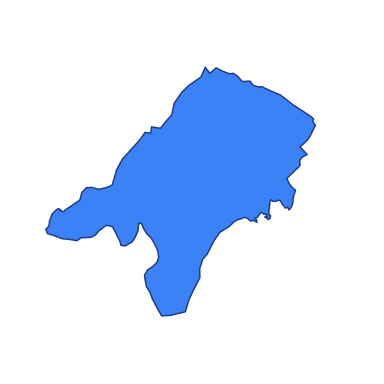 Kissonerga, Paphos, Cyprus, rotated 234°
{"feature_id": "46923920B44271022375599", "entity_name": "Kissonerga", "entity_type": "district", "adm_level": 2, "iso_a3": "CYP", "parent_name": "Cyprus", "parent_adm1": "Paphos", "projection": "mercator", "projection_center": [32.398, 34.835], "detail": "fine", "context": "isolated", "style": "filled", "palette": "blue", "viewbox_px": 384, "rotation_deg": 234, "n_neighbors": 0, "source": "geoboundaries", "source_scale": "gbopen_adm2", "svg_char_len": 2549}
<svg xmlns="http://www.w3.org/2000/svg" viewBox="0 0 384 384"><g transform="rotate(234 192 192)"><path d="M99.0,116.2L102.6,120.8L107.1,127.0L111.4,134.8L114.2,140.3L118.1,148.0L125.6,153.3L131.3,161.1L132.8,167.7L136.0,174.0L139.5,180.8L143.0,190.7L142.3,201.5L143.2,209.2L142.6,213.0L141.4,216.1L140.7,219.5L137.7,221.5L134.2,222.2L133.1,224.8L129.5,226.7L131.1,227.8L133.6,227.5L133.3,229.1L133.4,231.6L134.6,234.2L134.9,235.4L133.6,236.8L131.5,237.2L130.5,239.3L128.3,238.4L129.1,236.9L128.7,236.2L127.5,237.2L127.2,237.2L126.0,237.1L124.9,237.4L125.0,238.9L125.1,240.2L125.6,240.7L126.3,241.2L126.8,241.6L128.0,241.3L128.6,241.4L129.7,241.8L130.4,242.3L131.8,243.2L133.0,244.6L133.9,245.4L134.7,246.1L135.7,246.9L136.8,248.0L138.5,249.3L138.9,250.5L139.3,251.2L137.1,251.9L135.7,253.5L135.0,255.0L134.8,256.3L134.4,257.3L133.5,258.1L131.9,258.2L130.8,258.2L129.5,257.8L128.1,257.8L126.7,258.2L125.3,258.1L124.6,257.8L123.8,259.0L123.5,260.4L122.1,260.2L120.8,259.9L120.6,260.8L121.2,262.8L122.0,264.5L123.7,266.7L124.7,267.9L126.8,269.5L129.4,272.3L131.3,275.1L132.8,276.9L134.4,276.1L137.2,275.8L140.5,275.5L143.1,275.8L147.1,276.7L147.4,278.3L148.1,281.8L148.3,284.6L149.2,289.4L149.2,292.4L150.4,295.5L154.2,297.5L155.5,301.7L154.7,306.8L154.7,307.1L165.4,306.0L165.2,308.5L166.3,316.2L168.2,321.2L173.5,331.1L178.1,331.0L179.6,333.3L182.6,332.6L191.2,329.6L202.3,325.2L218.3,320.6L228.5,314.5L235.9,310.5L238.4,307.1L242.6,304.1L247.6,304.1L251.8,297.6L258.3,297.0L263.8,295.1L263.9,294.9L265.5,291.9L271.8,287.7L278.3,284.5L277.4,276.3L285.0,275.9L279.7,266.6L279.8,264.2L280.1,252.7L278.7,242.6L274.3,229.8L266.3,220.9L264.7,213.3L262.1,203.9L268.4,197.6L263.9,193.1L267.8,189.1L264.9,180.7L262.6,169.7L259.5,155.0L254.3,144.1L251.3,140.2L244.5,131.5L245.7,125.8L248.9,118.2L254.8,113.4L257.5,109.1L256.4,102.7L251.4,96.5L251.7,86.4L251.7,85.7L252.0,78.8L251.4,76.7L253.0,75.2L254.4,75.3L254.6,74.4L255.8,74.9L257.3,73.8L257.2,71.2L256.8,67.6L256.2,65.6L254.5,63.2L252.6,60.0L249.1,56.8L247.8,53.7L247.8,51.8L243.3,50.7L238.6,54.3L230.8,59.3L225.6,65.1L220.2,70.3L220.2,75.4L214.7,83.6L214.0,88.7L215.2,93.5L215.5,103.2L210.6,107.3L206.7,106.7L200.9,105.8L194.1,104.6L190.6,103.2L187.6,106.4L186.8,114.5L188.8,119.4L192.1,125.2L197.8,130.2L196.4,132.8L190.5,131.3L185.2,130.9L178.8,131.9L172.7,131.3L167.2,130.4L163.4,129.2L158.6,126.5L155.6,122.0L154.8,116.1L155.1,110.2L152.6,104.7L148.2,102.3L142.2,99.5L135.3,99.0L129.2,97.2L121.2,96.0L109.7,94.6L105.0,101.8L99.0,116.2Z" fill="#3b82f6" stroke="#1e3a8a" stroke-width="1.5"/></g></svg>